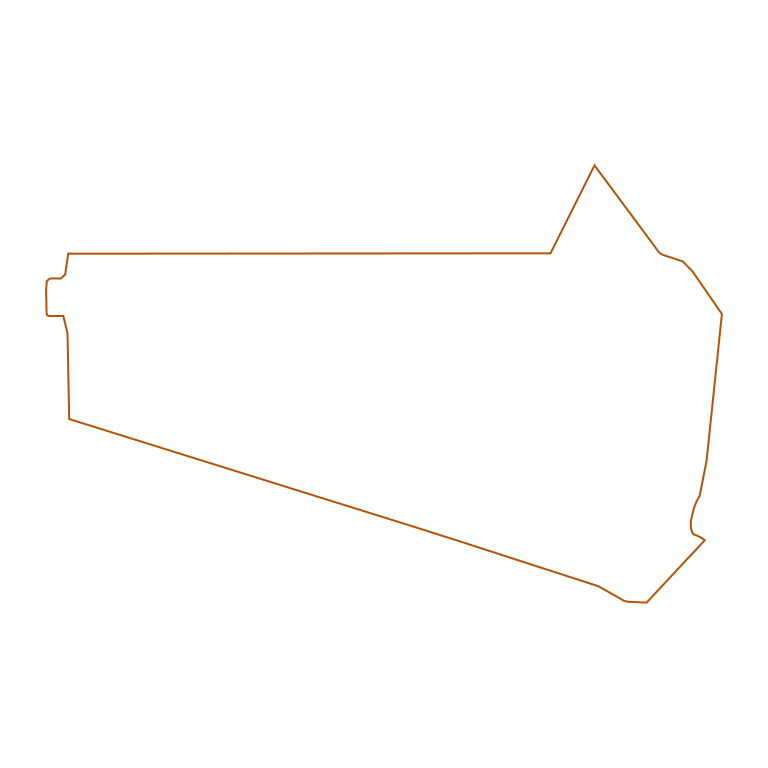 Kweneng, orthographic projection
{"feature_id": "BWA-2647", "entity_name": "Kweneng", "entity_type": "District", "adm_level": 1, "iso_a3": "BWA", "parent_name": "Botswana", "parent_adm1": "", "projection": "orthographic", "projection_center": [24.77, -23.86], "detail": "fine", "context": "isolated", "style": "outline", "palette": "amber", "viewbox_px": 768, "rotation_deg": 0, "n_neighbors": 0, "source": "natural_earth", "source_scale": "10m", "svg_char_len": 605}
<svg xmlns="http://www.w3.org/2000/svg" viewBox="0 0 768 768"><path d="M550.5,253.3L594.5,165.4L658.7,251.9L660.5,253.6L663.3,255.0L682.7,261.4L692.5,271.4L721.9,314.0L706.6,460.6L699.7,495.7L696.7,501.1L693.9,508.1L690.7,521.6L691.0,528.4L692.4,533.1L694.5,534.9L696.9,535.5L701.2,537.7L704.8,540.2L679.1,567.7L646.6,602.6L628.1,601.8L624.2,600.9L598.5,586.3L455.9,540.1L417.8,528.0L69.2,419.1L67.5,333.4L63.3,315.9L50.9,316.1L48.7,315.9L47.2,315.3L46.6,313.5L46.1,290.4L46.8,281.3L48.6,279.4L50.8,278.4L60.8,278.6L65.2,274.5L68.2,253.7L550.5,253.3Z" fill="none" stroke="#b45309" stroke-width="2"/></svg>